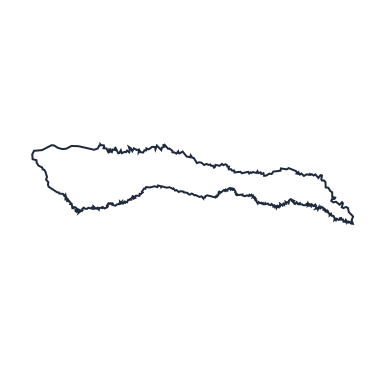 outline of Hato Corozal, Casanare, Colombia, rotated 11°
{"feature_id": "7082276B62736204649279", "entity_name": "Hato Corozal", "entity_type": "district", "adm_level": 2, "iso_a3": "COL", "parent_name": "Colombia", "parent_adm1": "Casanare", "projection": "robinson", "projection_center": [-70.999, 6.057], "detail": "fine", "context": "isolated", "style": "outline", "palette": "slate", "viewbox_px": 384, "rotation_deg": 11, "n_neighbors": 0, "source": "geoboundaries", "source_scale": "gbopen_adm2", "svg_char_len": 6072}
<svg xmlns="http://www.w3.org/2000/svg" viewBox="0 0 384 384"><g transform="rotate(11 192 192)"><path d="M235.7,162.9L230.0,164.7L229.3,162.9L227.4,163.4L225.9,162.2L224.0,162.8L223.4,162.1L223.5,160.1L221.8,160.3L221.3,159.0L219.6,158.4L217.7,159.7L216.0,158.7L214.2,161.0L209.9,160.9L209.6,163.4L208.9,163.9L207.5,162.2L205.7,162.6L204.7,161.5L203.2,162.2L200.8,161.7L198.8,163.2L195.7,161.4L193.2,161.5L191.3,162.7L187.3,158.3L185.8,158.3L183.8,156.3L183.7,158.2L180.0,158.2L175.1,154.1L172.4,156.5L171.4,156.4L170.7,154.8L169.3,157.3L167.1,156.5L165.2,156.8L164.9,155.3L161.4,153.6L160.4,154.2L156.0,150.8L155.0,151.5L156.4,152.7L153.9,154.2L153.8,156.7L148.7,153.1L148.0,157.1L147.1,154.9L144.2,155.3L141.4,158.4L138.9,157.9L139.1,159.9L137.4,160.1L136.5,162.6L134.0,162.7L132.9,161.6L132.1,163.3L131.7,160.5L129.5,161.3L126.6,160.2L125.6,163.3L123.5,160.7L121.4,159.8L122.9,162.5L122.8,165.0L120.3,163.7L119.5,165.6L118.1,165.5L115.6,167.3L114.2,164.7L113.2,167.6L112.2,168.0L108.4,163.2L107.9,163.8L108.7,165.5L106.0,165.5L105.7,168.1L104.5,167.5L103.7,165.6L102.6,165.9L103.3,168.6L102.4,169.1L99.8,165.6L96.8,165.9L97.1,163.9L96.5,163.0L93.9,163.4L93.0,162.7L93.2,163.7L92.2,163.9L91.2,167.3L87.9,169.2L72.0,168.7L64.9,169.8L60.3,173.5L56.5,174.6L52.0,174.3L47.7,172.6L45.2,172.9L36.8,179.5L29.1,181.7L28.0,185.5L29.3,190.2L33.3,190.5L33.9,192.8L36.3,195.4L40.2,196.5L41.1,198.3L42.6,198.3L44.3,200.1L46.8,204.9L46.4,207.7L49.1,209.8L49.2,212.3L50.3,214.2L59.6,218.0L61.3,217.9L62.0,218.8L65.7,218.5L67.2,220.0L68.0,219.0L68.5,221.3L68.7,219.9L69.4,221.6L70.7,221.1L69.0,222.3L69.2,223.5L71.4,223.0L71.2,224.7L72.2,224.8L72.6,223.9L74.9,225.8L74.8,227.0L76.1,226.6L77.7,230.8L79.0,230.5L78.8,229.4L80.4,229.3L82.9,230.7L83.1,231.5L81.1,231.9L81.3,232.9L82.4,233.4L82.6,232.2L83.3,233.1L85.0,232.7L84.8,233.9L85.8,232.7L85.1,231.1L87.5,231.7L88.1,230.7L87.5,229.5L88.7,228.0L90.4,228.9L92.3,228.5L93.2,227.3L97.7,227.4L96.9,226.2L97.9,225.9L98.4,226.7L98.0,224.9L99.5,225.8L99.7,226.8L102.3,226.5L101.5,225.0L103.9,227.0L104.0,225.3L106.5,224.8L106.7,224.2L107.3,224.7L107.7,224.0L109.3,224.8L111.7,223.2L111.2,222.0L112.0,221.8L111.4,220.7L112.1,219.2L112.7,219.7L113.4,219.1L113.6,219.9L113.6,218.8L115.6,218.4L115.5,219.2L116.5,219.0L116.5,219.9L119.5,220.0L120.7,218.5L123.1,217.7L122.7,217.2L123.6,216.3L123.3,215.4L124.2,216.0L124.7,215.3L124.6,216.6L125.7,216.6L125.9,215.8L126.7,216.2L127.1,215.1L128.1,215.3L127.8,214.2L130.2,214.5L130.9,211.9L133.4,211.3L132.9,210.5L133.9,210.0L134.6,207.4L135.3,207.5L135.9,209.7L137.6,208.5L136.9,207.4L137.7,206.3L141.1,205.8L141.0,203.9L141.8,204.1L143.7,201.9L142.8,201.3L143.4,199.7L144.4,197.7L145.6,197.7L145.9,196.0L150.1,195.5L154.1,193.5L157.1,193.8L157.4,192.1L160.4,192.3L160.8,193.1L161.3,192.2L166.3,192.6L169.0,191.6L172.5,192.6L173.1,192.0L175.1,193.8L176.4,193.1L179.0,194.5L180.7,193.4L183.6,193.2L183.9,193.9L187.6,193.7L189.1,194.9L190.7,194.9L191.7,193.7L192.8,193.7L195.0,194.8L196.1,194.3L200.1,195.4L202.2,194.5L204.3,196.1L204.2,195.2L205.7,195.1L206.0,193.5L207.6,192.4L215.5,192.8L216.0,192.1L216.4,192.7L217.6,191.6L217.4,190.4L218.4,190.2L218.3,187.4L219.3,187.8L219.2,186.5L220.5,186.9L223.0,184.0L223.8,184.5L224.5,183.4L225.1,184.4L225.9,183.4L226.5,183.7L226.5,182.6L228.0,181.1L229.2,182.1L229.3,181.1L230.3,181.6L230.2,180.9L231.5,180.8L231.7,182.0L232.8,181.3L234.7,183.5L234.5,184.3L236.2,185.2L235.8,186.2L236.6,186.6L242.1,184.8L242.3,185.8L244.9,186.0L246.4,184.8L248.4,185.2L248.9,183.8L250.0,184.4L250.9,183.4L251.3,184.1L252.5,183.8L252.5,185.2L253.0,184.6L254.8,185.3L254.4,186.2L255.8,186.5L255.4,187.6L256.9,188.0L256.8,188.7L258.8,190.8L259.4,189.2L260.8,190.0L262.0,189.3L262.6,190.0L263.7,189.3L264.2,190.4L265.7,190.2L266.0,189.0L266.8,189.6L268.9,188.9L269.5,189.7L271.6,189.9L272.4,188.6L273.8,189.7L274.8,189.4L274.8,190.7L276.1,190.0L276.4,190.9L277.2,190.0L277.9,191.4L278.2,190.1L279.3,190.3L279.1,189.3L280.5,189.7L280.7,188.4L281.1,189.3L281.5,188.3L280.9,186.9L283.5,188.0L283.9,186.2L284.9,186.8L284.7,185.7L286.6,185.6L285.8,183.8L287.2,184.2L288.0,183.6L288.9,184.4L288.9,181.8L290.2,180.2L293.5,181.2L292.2,182.0L293.5,182.6L293.6,181.7L294.4,183.8L295.4,184.1L296.7,182.1L297.9,183.5L299.8,182.5L299.6,183.6L302.4,183.1L303.6,183.7L306.4,183.3L306.6,182.0L307.1,182.2L306.7,181.5L307.7,182.5L307.9,181.0L308.9,182.6L308.7,181.2L309.7,181.6L309.2,182.9L310.4,182.0L310.1,183.0L310.9,182.9L310.6,182.3L311.6,182.0L312.0,183.0L312.6,181.7L313.6,182.4L314.3,181.6L313.8,182.4L314.3,182.6L315.4,180.8L316.1,181.5L315.4,182.1L317.0,183.4L316.2,184.0L317.4,183.7L316.7,184.8L318.5,184.0L318.9,184.9L319.4,182.9L319.6,183.6L320.3,183.3L319.9,184.2L320.7,182.5L321.2,183.5L322.1,182.5L322.4,183.5L322.5,182.1L323.6,182.4L325.4,183.4L324.6,184.4L326.2,184.8L326.7,185.7L327.6,185.7L327.3,184.4L328.0,184.3L328.3,185.3L329.0,184.9L330.1,186.9L331.4,186.9L331.6,188.5L332.7,187.0L333.7,188.7L335.4,188.5L337.2,190.8L337.2,192.2L338.1,191.1L338.8,192.1L339.4,190.6L341.4,191.4L342.3,190.5L342.2,189.5L343.3,189.1L343.8,190.7L345.3,190.1L346.2,191.7L347.6,191.4L347.2,192.1L347.9,192.0L348.1,190.9L348.9,191.9L348.8,190.5L350.9,192.2L351.4,191.3L352.2,191.5L352.8,192.5L352.6,191.5L353.2,190.6L352.9,191.5L354.1,192.6L356.0,192.5L354.1,189.3L354.8,185.3L349.8,181.8L348.2,178.0L346.1,177.3L343.6,178.9L341.9,178.4L342.3,174.3L341.2,173.4L339.3,176.3L335.2,174.1L332.8,175.2L330.4,174.1L330.7,172.4L333.2,171.5L333.6,170.2L330.6,170.1L329.7,165.6L327.5,164.6L325.0,161.8L322.4,162.0L321.1,156.8L319.3,155.5L317.3,155.9L316.5,154.8L316.4,151.0L314.9,150.9L313.3,154.1L309.8,151.2L308.3,152.6L306.1,151.7L305.3,152.5L304.2,151.8L303.6,152.9L301.3,152.7L298.8,154.9L295.9,153.0L294.6,154.3L293.0,152.6L292.8,153.9L291.0,154.0L291.1,152.4L290.0,151.6L282.3,150.1L280.7,151.7L274.8,151.9L274.8,154.2L267.9,156.5L266.8,159.1L264.3,159.3L261.7,161.7L259.7,162.4L258.5,159.9L256.6,161.1L255.6,159.6L253.5,160.8L252.3,159.1L251.5,161.0L247.8,160.8L246.8,161.9L245.6,161.6L244.6,162.9L243.3,161.5L237.3,164.1L235.7,162.9Z" fill="none" stroke="#1e293b" stroke-width="2"/></g></svg>